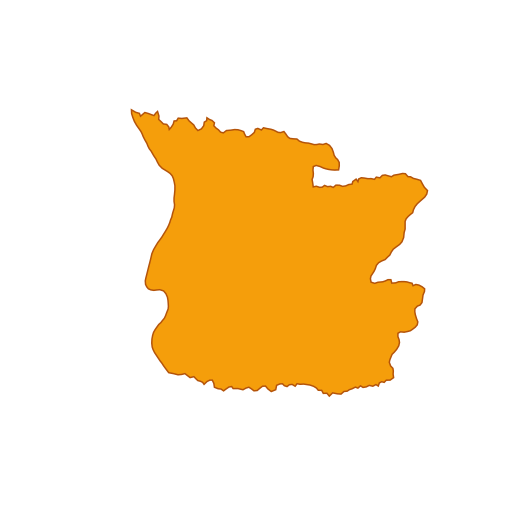 Ibiaí, Minas Gerais, Brazil, rotated 28°
{"feature_id": "56859067B65559545591496", "entity_name": "Ibiaí", "entity_type": "district", "adm_level": 2, "iso_a3": "BRA", "parent_name": "Brazil", "parent_adm1": "Minas Gerais", "projection": "mercator", "projection_center": [-44.794, -16.832], "detail": "fine", "context": "isolated", "style": "filled", "palette": "amber", "viewbox_px": 512, "rotation_deg": 28, "n_neighbors": 0, "source": "geoboundaries", "source_scale": "gbopen_adm2", "svg_char_len": 4920}
<svg xmlns="http://www.w3.org/2000/svg" viewBox="0 0 512 512"><g transform="rotate(28 256 256)"><path d="M233.7,400.0L238.7,398.5L242.9,397.5L245.8,395.6L248.5,393.2L251.2,393.7L254.9,394.3L257.8,391.7L260.6,392.6L263.1,393.3L265.7,392.7L268.2,392.6L270.4,393.7L271.7,389.8L273.5,387.3L275.7,386.1L278.6,388.3L280.9,391.4L284.8,391.0L287.6,389.9L290.7,390.3L291.9,387.7L293.6,384.4L295.8,382.7L298.1,383.8L302.3,381.5L307.3,380.2L309.2,377.3L311.3,375.2L314.6,375.5L317.5,376.0L320.2,374.2L321.7,370.5L322.9,367.9L325.5,366.4L328.9,367.8L333.1,368.5L336.2,364.8L334.9,360.5L337.2,357.7L339.4,356.4L341.9,357.2L344.7,356.7L345.9,354.0L348.2,352.4L351.7,352.6L352.2,349.5L355.1,348.6L358.2,346.7L361.1,345.7L364.2,344.6L368.1,344.0L371.4,344.2L374.0,345.3L377.1,343.8L379.9,345.7L383.1,343.9L386.5,345.3L387.9,340.9L392.5,339.5L395.9,338.0L397.3,334.3L400.0,332.5L401.2,330.2L403.2,328.1L405.3,325.1L408.0,324.8L409.2,321.6L412.2,321.8L414.8,319.8L416.7,317.1L420.3,316.1L422.3,313.2L425.0,313.4L424.5,310.2L426.0,308.0L428.5,307.4L429.3,304.5L432.7,302.6L434.6,298.8L432.5,295.9L431.2,293.0L429.6,290.9L426.5,289.9L423.6,287.3L422.9,284.8L422.6,282.0L422.3,278.9L423.2,276.1L424.0,272.4L424.2,268.3L423.3,265.0L421.5,262.6L419.1,260.5L417.6,257.6L419.1,255.2L422.6,253.7L425.3,251.5L427.4,249.5L428.6,247.2L430.0,244.2L430.7,241.1L429.8,238.2L427.2,236.0L424.3,233.1L422.4,230.7L421.1,228.0L422.0,224.5L423.9,222.3L424.4,219.2L423.1,215.6L421.8,212.1L421.4,208.2L420.3,205.8L417.1,205.2L413.5,205.2L410.5,206.1L408.6,208.5L406.6,206.8L404.0,207.5L401.5,208.0L399.0,209.0L396.2,210.5L394.0,211.8L391.9,214.2L388.6,216.2L386.2,213.6L383.6,215.0L381.9,217.3L380.0,219.3L375.9,222.0L373.7,224.4L369.9,225.1L367.7,222.4L366.9,219.7L367.2,216.6L367.4,214.0L367.3,211.2L366.7,207.7L367.4,204.4L369.2,201.5L371.7,198.5L372.7,195.1L373.7,192.4L373.6,189.0L374.0,185.5L375.5,182.2L377.4,178.3L378.2,175.0L377.7,170.4L375.8,165.8L375.0,162.2L373.3,159.0L371.4,155.4L371.1,152.6L371.8,149.6L372.8,146.9L374.0,144.2L373.3,141.2L373.2,137.6L373.9,134.0L375.0,130.9L376.1,128.0L377.3,124.8L377.7,121.2L376.7,117.7L372.4,116.3L369.5,114.5L365.8,112.0L362.1,112.7L358.5,113.6L355.3,113.5L352.9,114.6L349.3,113.2L346.7,114.3L343.6,117.0L339.8,119.9L338.4,122.4L335.4,123.1L332.0,123.8L329.7,125.5L328.7,128.8L325.2,129.9L324.6,132.7L321.4,133.6L318.5,135.2L315.1,136.3L312.2,137.5L310.5,139.8L311.1,142.5L308.3,141.1L306.5,144.8L307.1,147.4L304.3,149.4L302.3,152.0L299.7,153.9L296.5,154.3L293.3,155.9L292.0,159.2L289.2,159.4L286.6,161.2L283.4,161.5L282.2,164.1L280.0,165.5L276.5,166.1L274.1,168.1L271.5,164.5L269.6,162.1L269.2,159.2L268.0,156.4L265.9,153.3L264.6,150.1L266.6,147.8L270.6,146.9L274.2,146.7L276.8,146.2L279.7,145.4L282.4,144.4L285.1,143.2L288.5,141.2L287.2,137.3L285.5,134.3L282.7,132.5L280.3,131.9L277.7,130.4L275.6,128.1L272.7,125.5L269.0,123.8L265.1,123.7L262.8,126.1L259.3,127.4L257.3,129.1L255.0,130.4L252.6,130.9L249.3,131.7L246.3,133.0L243.6,133.8L240.4,134.2L237.2,133.5L234.2,134.9L230.6,136.3L227.9,135.8L225.1,134.3L222.2,133.0L219.8,135.5L217.3,136.5L214.8,136.5L212.3,136.6L209.7,137.1L206.0,138.3L202.4,139.3L201.6,142.2L197.7,142.5L195.9,144.4L196.5,147.7L195.3,151.0L193.8,154.0L191.3,155.4L188.7,153.7L186.7,152.0L184.1,152.3L180.8,153.0L177.8,154.4L174.7,156.7L171.0,159.1L169.4,162.6L166.6,163.3L163.6,162.2L160.6,161.8L157.6,160.8L156.8,157.9L153.5,157.0L150.7,157.3L147.8,157.0L148.9,159.7L147.5,162.1L148.7,165.5L148.1,169.4L145.8,172.5L142.4,171.4L139.5,169.5L136.8,168.9L133.5,168.1L130.1,166.5L125.9,169.4L122.6,170.8L122.4,173.9L120.3,175.2L121.0,178.5L120.7,182.2L120.0,185.0L118.4,183.0L115.4,181.7L112.2,182.9L109.0,181.9L106.0,181.1L104.6,178.0L101.2,174.6L100.4,177.0L100.0,179.9L97.4,180.3L94.2,180.7L90.5,181.5L88.4,186.8L86.1,184.8L82.3,185.6L77.4,185.4L79.3,188.6L82.1,191.4L85.5,194.3L89.3,196.7L93.3,198.7L96.0,200.1L98.1,201.6L100.2,203.4L103.3,205.6L106.8,207.8L109.0,209.7L111.4,211.4L114.1,212.6L116.8,214.3L118.9,215.6L122.1,217.3L124.8,219.3L127.9,221.3L132.0,222.6L135.3,222.8L138.4,223.0L141.4,223.4L144.3,224.5L146.7,226.4L149.1,229.1L151.4,232.0L153.4,235.8L155.2,240.1L156.4,243.2L157.9,246.1L160.1,249.1L161.3,252.0L161.8,254.7L162.4,257.7L163.4,261.3L163.6,264.0L164.2,267.1L164.5,270.1L164.6,273.2L164.4,277.4L164.2,280.1L164.0,283.5L163.5,287.1L163.0,290.2L162.8,293.6L162.6,298.4L163.0,302.9L164.3,307.7L165.4,312.1L166.2,315.5L167.1,319.1L168.2,323.5L169.1,327.2L169.9,329.9L171.8,332.9L174.0,334.5L176.4,335.5L179.0,335.3L181.9,334.3L184.3,332.6L186.9,330.9L190.8,330.2L194.2,331.6L197.1,333.9L199.0,336.3L200.6,338.8L202.3,341.6L203.3,344.0L203.7,347.7L204.2,351.3L204.3,354.1L203.7,356.8L203.3,359.4L202.3,362.1L201.9,365.0L201.5,368.3L201.4,371.5L202.0,374.6L203.1,378.1L204.9,381.9L207.1,385.1L208.9,386.8L211.8,388.9L215.5,390.9L218.1,392.3L220.7,393.7L223.2,394.8L225.9,396.3L229.4,398.0L233.7,400.0Z" fill="#f59e0b" stroke="#b45309" stroke-width="1.5"/></g></svg>